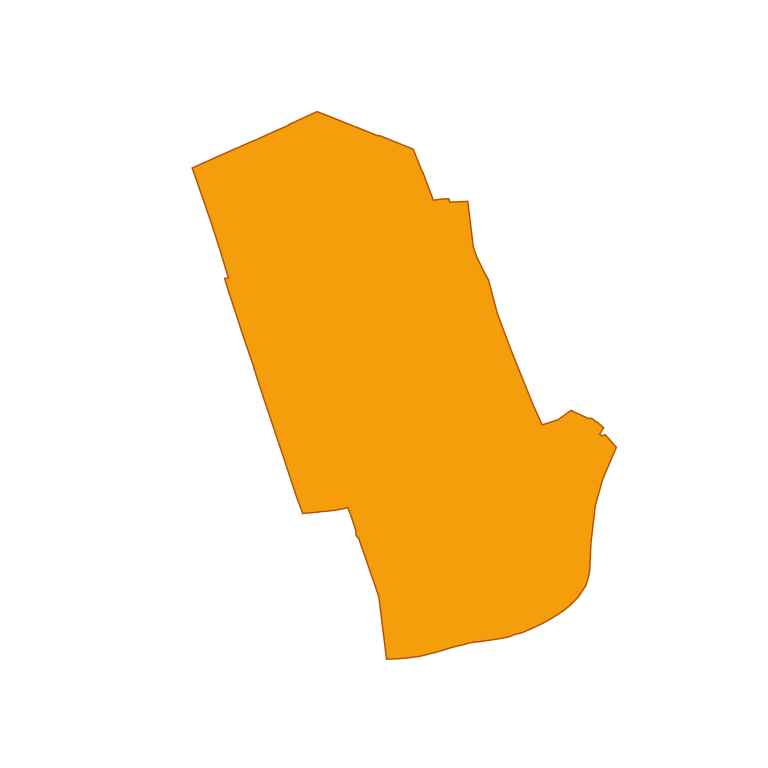 outline of Tichilesti, Braila, Romania, rotated 47°
{"feature_id": "2599482B652053603883", "entity_name": "Tichilesti", "entity_type": "district", "adm_level": 2, "iso_a3": "ROU", "parent_name": "Romania", "parent_adm1": "Braila", "projection": "natural_earth1", "projection_center": [27.899, 45.141], "detail": "fine", "context": "isolated", "style": "filled", "palette": "amber", "viewbox_px": 768, "rotation_deg": 47, "n_neighbors": 0, "source": "geoboundaries", "source_scale": "gbopen_adm2", "svg_char_len": 2341}
<svg xmlns="http://www.w3.org/2000/svg" viewBox="0 0 768 768"><g transform="rotate(47 384 384)"><path d="M587.0,569.8L591.8,564.2L593.2,562.6L594.6,561.0L596.8,558.2L600.0,554.2L603.6,549.1L607.3,544.0L609.9,539.4L612.2,535.1L614.0,531.8L615.3,529.9L617.1,525.9L619.5,521.2L622.3,515.4L624.3,511.6L625.5,509.3L627.4,506.2L629.0,503.4L630.9,499.4L632.5,496.8L634.8,493.4L637.2,490.4L639.3,487.4L642.3,483.0L644.7,479.6L649.5,472.5L653.9,465.5L656.3,459.3L659.4,453.9L660.8,450.6L663.9,441.6L666.0,435.2L668.0,428.5L670.9,415.4L672.3,406.5L672.8,397.9L672.2,387.0L670.5,379.7L669.3,374.5L665.9,368.0L660.9,361.0L653.9,353.8L642.1,341.8L638.6,337.8L627.5,324.7L616.9,312.2L606.4,294.9L602.9,289.1L595.8,273.2L588.8,257.3L574.7,256.8L572.1,256.7L570.4,260.1L567.7,260.4L565.8,253.2L557.4,254.1L556.2,254.6L555.2,254.8L553.4,255.0L551.9,255.2L550.6,255.7L549.7,256.4L548.5,258.1L534.3,263.9L531.0,265.0L530.3,269.3L528.7,281.5L521.9,296.0L518.2,295.1L517.4,294.8L501.1,289.2L471.3,277.8L448.2,268.8L428.9,261.0L409.1,252.7L398.9,247.2L379.4,236.7L368.0,233.8L364.6,232.6L355.2,229.8L352.2,228.6L346.6,226.1L344.9,225.4L307.6,198.2L295.8,211.9L292.7,210.3L287.9,215.9L283.3,222.6L255.9,211.3L255.8,211.6L255.0,211.3L232.2,202.5L199.6,217.7L197.5,219.6L181.5,227.1L171.7,231.7L167.2,233.9L154.4,239.9L151.4,241.3L141.7,246.0L139.1,247.3L138.4,249.3L131.8,269.4L129.5,276.2L130.0,276.4L123.8,294.0L117.5,313.1L117.2,313.0L114.9,319.8L113.0,325.4L109.2,336.1L107.5,341.0L106.7,343.5L103.7,351.9L95.2,377.0L106.7,382.0L124.8,390.0L135.8,394.9L149.5,400.9L173.9,412.5L186.7,418.7L186.9,418.8L199.2,424.9L200.3,425.5L198.2,428.5L200.9,430.0L203.3,431.2L208.3,433.6L213.3,436.0L220.2,439.1L222.5,440.2L233.4,445.2L240.6,448.6L247.8,452.0L261.0,458.0L266.2,460.2L272.6,463.1L283.9,468.2L283.8,468.4L289.2,470.9L290.3,471.5L319.5,485.0L345.3,496.7L361.8,504.2L367.8,506.9L386.1,515.4L393.4,518.7L397.7,520.7L402.1,522.7L406.4,524.7L409.7,526.2L412.5,527.4L412.6,527.2L419.7,530.3L421.5,531.1L423.3,531.8L424.0,530.9L426.2,527.8L429.3,524.1L430.9,521.9L433.0,519.5L432.6,519.3L436.1,515.0L439.1,511.1L443.3,505.4L448.2,497.5L449.7,494.8L455.8,497.2L461.1,499.5L471.7,504.4L474.1,506.3L475.4,507.5L477.5,508.0L479.4,507.7L489.0,511.9L503.4,518.3L521.6,526.4L529.0,529.7L536.4,533.1L587.0,569.8Z" fill="#f59e0b" stroke="#b45309" stroke-width="1.5"/></g></svg>